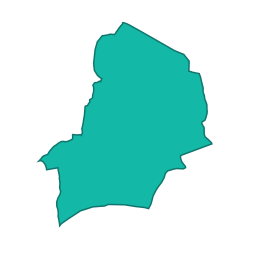 outline of Monier, Gros Islet, Saint Lucia, rotated 186°
{"feature_id": "8701671B21062082038543", "entity_name": "Monier", "entity_type": "district", "adm_level": 2, "iso_a3": "LCA", "parent_name": "Saint Lucia", "parent_adm1": "Gros Islet", "projection": "natural_earth1", "projection_center": [-60.941, 14.03], "detail": "fine", "context": "isolated", "style": "filled", "palette": "teal", "viewbox_px": 256, "rotation_deg": 186, "n_neighbors": 0, "source": "geoboundaries", "source_scale": "gbopen_adm2", "svg_char_len": 4356}
<svg xmlns="http://www.w3.org/2000/svg" viewBox="0 0 256 256"><g transform="rotate(186 128 128)"><path d="M185.7,23.7L184.3,25.9L177.5,31.8L166.7,40.6L154.7,45.9L143.1,48.0L139.6,49.9L123.5,51.3L112.0,50.7L106.6,50.7L102.6,50.6L99.1,50.0L98.5,51.5L97.3,54.6L96.6,58.5L96.0,62.8L94.8,66.1L93.4,69.6L91.1,73.9L89.0,77.2L86.8,82.5L86.1,86.8L84.1,89.5L81.1,90.7L78.2,92.0L75.2,92.8L71.3,93.0L68.5,93.2L66.6,94.6L66.7,95.2L66.9,95.6L67.1,96.0L67.3,96.2L67.6,96.5L70.3,99.2L70.7,99.7L71.0,100.2L71.3,100.6L71.6,101.3L71.8,101.7L72.1,102.2L72.2,102.5L72.3,102.9L72.5,103.5L72.6,103.9L72.7,104.6L72.7,105.1L72.8,105.7L72.9,106.1L42.9,121.0L43.5,122.1L45.8,124.0L46.3,124.3L46.8,124.7L47.3,125.1L47.7,125.4L48.2,125.7L48.7,126.0L49.1,126.4L49.6,126.7L50.0,127.0L50.4,127.3L50.6,127.5L50.8,128.0L51.0,128.6L51.3,129.1L51.5,129.7L51.7,130.3L51.7,131.1L51.8,131.6L51.9,132.3L51.9,132.9L52.0,133.7L52.1,134.2L52.2,134.8L52.2,135.3L52.3,136.0L52.4,136.4L52.6,136.7L53.0,137.3L53.7,138.1L53.9,138.5L54.1,138.8L54.4,139.2L54.9,139.8L55.1,140.2L55.2,140.4L55.1,141.1L55.0,141.6L54.7,142.1L54.3,142.4L53.7,142.7L53.2,143.1L52.7,143.4L52.3,143.8L52.2,144.2L52.0,144.9L51.8,145.6L51.6,146.3L51.5,147.0L51.4,147.5L51.3,148.2L51.3,148.8L51.1,149.4L51.1,149.8L51.0,150.4L51.0,151.0L50.9,151.4L51.0,151.9L51.0,152.6L51.1,153.4L51.3,154.1L51.4,154.7L51.5,155.2L51.6,155.9L51.7,156.6L51.7,157.2L51.8,157.9L51.9,158.3L51.9,158.9L52.1,159.6L52.3,160.1L52.6,160.8L53.0,161.6L53.3,162.2L53.6,162.8L54.0,163.5L54.3,164.1L54.6,164.7L54.8,165.3L55.0,165.8L55.1,166.4L55.3,167.6L55.7,168.6L55.9,169.2L56.2,169.7L56.5,170.4L56.8,171.0L57.1,171.8L57.2,172.4L57.2,173.2L57.3,174.0L57.4,174.8L57.5,175.6L57.6,176.2L58.0,177.1L58.3,177.9L58.6,178.7L59.0,179.8L59.2,180.3L59.3,180.7L59.6,181.5L60.0,182.6L60.2,183.2L60.5,184.0L60.8,184.8L61.0,185.4L61.2,186.2L61.5,186.8L62.0,187.7L62.8,189.5L63.2,189.6L65.0,189.7L66.1,189.8L67.0,189.9L67.7,190.0L68.3,190.1L69.0,190.1L69.8,190.2L70.9,190.5L71.6,190.6L72.2,190.7L72.9,190.8L73.2,190.9L73.4,190.9L74.2,200.9L79.1,205.8L80.0,206.8L80.2,207.0L83.7,208.0L89.9,209.8L99.6,214.1L124.2,224.9L137.5,230.6L140.3,231.6L143.5,232.3L144.3,232.2L144.3,231.8L144.3,231.3L144.6,230.5L145.1,229.8L145.8,228.9L146.7,227.5L147.6,226.0L148.6,224.1L149.8,222.0L150.2,221.0L150.4,220.7L150.9,220.0L151.0,219.9L151.4,219.5L153.1,219.5L154.3,219.5L156.4,219.2L157.5,218.5L163.3,217.0L167.5,210.5L168.9,202.4L168.9,188.5L167.4,181.7L165.6,179.4L163.8,177.1L161.1,175.2L159.2,174.4L159.6,173.2L159.9,172.6L159.8,172.0L159.8,171.3L160.2,171.0L160.4,171.1L160.6,171.4L160.9,171.6L161.6,171.4L162.4,170.8L162.9,170.3L163.8,169.9L164.5,169.9L165.9,169.4L166.3,169.0L166.6,168.3L167.2,167.3L167.4,166.9L166.8,165.7L166.5,164.9L166.3,164.0L166.2,163.4L166.1,162.4L166.0,161.0L166.1,159.7L166.3,158.6L166.4,157.8L166.5,157.0L166.5,156.1L166.5,155.1L166.5,154.3L166.9,153.6L167.4,153.2L168.4,152.6L168.8,152.4L169.1,152.1L169.1,151.6L168.8,150.8L168.6,150.5L168.8,149.7L169.3,148.9L169.9,148.0L170.3,146.8L170.6,146.1L171.6,145.7L172.8,145.2L172.9,143.8L172.8,142.5L172.8,140.4L172.7,138.5L172.7,136.7L172.7,135.4L172.8,134.2L172.9,133.2L173.0,131.8L173.0,130.6L173.1,129.4L173.1,128.4L173.2,126.8L173.4,125.2L173.6,123.7L173.8,122.5L173.3,120.4L172.8,119.2L173.6,115.8L174.2,116.2L174.8,116.4L176.0,116.1L177.6,115.8L178.9,115.7L180.1,115.7L181.7,115.8L182.1,115.8L182.3,115.6L182.4,115.2L182.3,114.6L182.1,113.6L182.0,112.2L182.2,111.0L183.1,110.4L187.1,108.1L187.9,108.0L188.9,107.8L190.2,107.9L191.1,107.9L191.6,107.8L192.2,107.7L192.6,107.6L193.1,107.4L193.6,107.1L193.9,106.8L195.2,106.0L196.5,104.8L197.6,103.7L198.7,102.9L199.9,101.8L201.0,100.4L202.2,98.7L203.1,97.4L203.8,96.2L204.4,95.0L204.9,93.7L205.5,93.2L206.5,92.7L207.7,92.1L208.6,91.6L209.9,90.6L210.3,90.1L210.7,89.3L211.1,88.5L213.1,85.9L212.4,86.2L211.4,86.4L209.5,85.9L208.4,85.1L207.1,83.6L206.4,82.7L205.6,81.3L205.2,80.2L204.8,79.0L204.6,78.0L193.5,81.1L193.0,78.7L192.0,75.8L191.5,74.0L191.0,72.6L191.1,71.1L190.7,69.4L190.3,68.1L190.0,66.5L189.8,65.1L189.8,63.9L189.9,62.4L189.6,61.1L189.1,59.7L188.4,58.0L188.4,57.1L188.6,55.5L189.0,54.2L189.5,52.9L190.1,51.7L190.4,50.5L190.8,48.8L191.2,46.7L190.9,45.2L190.7,43.3L190.1,41.5L189.3,39.9L188.8,37.8L188.4,35.6L188.3,33.4L188.2,32.4L187.6,30.9L187.1,29.3L186.5,27.1L186.0,25.2L185.7,23.7Z" fill="#14b8a6" stroke="#0f766e" stroke-width="1.5"/></g></svg>